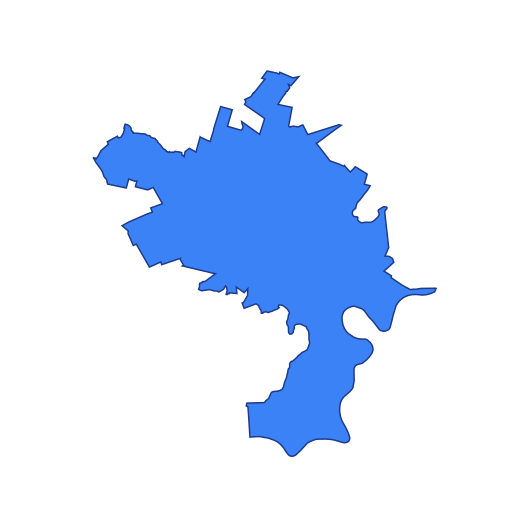 outline of Catazajá, Chiapas, Mexico, rotated 105°
{"feature_id": "50627088B33192672219794", "entity_name": "Catazajá", "entity_type": "district", "adm_level": 2, "iso_a3": "MEX", "parent_name": "Mexico", "parent_adm1": "Chiapas", "projection": "robinson", "projection_center": [-91.989, 17.768], "detail": "fine", "context": "isolated", "style": "filled", "palette": "blue", "viewbox_px": 512, "rotation_deg": 105, "n_neighbors": 0, "source": "geoboundaries", "source_scale": "gbopen_adm2", "svg_char_len": 6120}
<svg xmlns="http://www.w3.org/2000/svg" viewBox="0 0 512 512"><g transform="rotate(105 256 256)"><path d="M409.0,118.1L407.1,118.5L403.0,121.1L398.4,125.0L393.1,130.2L389.7,132.6L384.4,135.0L380.7,135.9L376.8,136.5L372.5,136.0L369.3,134.7L362.8,130.3L360.0,128.9L357.7,128.3L350.7,129.0L343.1,131.2L339.2,132.2L336.5,131.7L334.9,130.4L332.2,125.8L328.5,122.8L324.5,120.6L319.9,118.9L316.8,118.6L314.7,119.2L312.3,120.6L309.9,123.3L308.1,127.1L307.9,128.5L308.9,132.4L309.3,134.7L309.5,137.0L309.1,140.6L307.1,146.4L305.7,149.0L303.4,151.6L300.4,154.0L297.1,155.6L293.6,156.9L291.1,157.3L287.3,156.9L285.3,156.0L283.5,154.7L281.9,153.1L280.3,150.9L279.4,149.2L279.1,147.8L279.1,145.7L279.7,139.6L280.9,137.1L285.8,131.1L288.7,126.2L295.4,117.5L295.8,116.2L295.7,113.6L295.3,112.1L294.6,111.0L293.5,109.6L292.1,108.4L290.4,108.0L283.4,108.0L278.4,108.2L267.8,107.9L264.4,106.8L262.2,105.8L260.1,104.4L257.4,102.3L255.1,99.4L254.0,97.5L252.7,94.7L251.6,90.7L250.7,85.3L249.2,81.2L246.9,77.3L244.5,74.3L240.7,73.6L240.7,74.4L244.7,88.5L246.6,92.7L247.4,95.5L248.5,98.3L246.4,107.1L242.0,119.8L240.1,120.0L237.5,128.5L226.5,121.3L223.1,123.4L221.9,127.2L222.7,131.4L213.6,130.0L179.8,143.2L177.9,142.7L176.6,141.9L175.5,141.9L175.0,142.6L174.9,143.0L175.3,145.2L175.8,146.0L176.8,147.0L179.6,149.5L180.2,149.7L181.2,149.5L183.2,147.9L184.6,147.8L185.7,148.0L187.0,148.5L190.0,150.3L191.5,151.3L193.0,152.8L193.8,154.0L194.1,155.1L195.0,158.9L196.7,162.4L196.5,163.7L195.8,165.8L195.3,166.6L194.8,167.1L193.7,167.6L192.8,167.4L192.2,167.9L192.0,168.4L192.0,168.9L192.4,170.5L192.5,171.2L192.1,172.3L191.3,173.2L190.1,173.9L189.5,174.1L187.9,174.2L186.6,173.7L184.1,172.1L183.4,172.0L182.5,172.3L178.7,172.1L174.9,170.1L169.1,167.8L163.6,165.3L158.6,163.9L158.6,170.0L153.1,169.8L148.1,169.8L144.1,183.1L150.5,186.7L145.8,194.0L146.5,194.0L146.4,196.2L145.9,198.2L144.9,209.3L139.4,216.3L131.4,227.0L130.9,226.1L114.1,212.8L107.7,207.5L107.7,209.8L125.3,237.4L117.3,244.6L117.5,245.2L120.4,248.7L120.9,253.7L122.8,257.1L122.0,258.1L103.1,259.6L103.9,274.0L94.9,271.2L93.1,270.5L91.1,269.5L90.5,269.6L90.3,269.8L89.8,269.7L89.6,269.4L89.0,269.3L89.1,269.0L88.8,268.7L88.8,268.4L84.9,267.0L81.9,269.0L82.5,266.4L71.7,261.1L74.4,266.5L72.4,280.6L74.2,280.7L73.9,283.3L74.4,293.2L82.7,296.4L82.9,293.0L84.5,293.9L99.2,300.3L99.0,300.8L103.4,302.1L107.7,307.3L110.0,305.6L112.6,306.3L120.2,285.1L121.1,283.2L137.6,284.0L129.9,304.6L131.2,304.0L134.5,302.0L136.3,301.9L138.4,302.8L138.1,317.1L120.9,316.8L120.8,328.8L144.4,329.8L144.8,329.6L146.4,329.5L157.4,330.0L155.6,340.5L155.4,340.8L167.4,340.9L171.1,340.7L169.3,348.3L173.5,351.5L178.7,351.2L178.5,351.8L177.7,352.6L177.7,353.5L176.9,354.0L175.5,354.4L175.3,355.5L175.5,358.5L175.7,358.9L175.9,360.0L175.7,360.4L175.8,361.1L175.9,361.3L176.2,361.3L176.9,362.1L177.3,362.3L177.4,362.6L177.1,363.2L177.5,363.7L177.6,364.5L178.1,365.2L178.1,365.5L177.5,366.5L177.8,366.8L178.6,367.4L178.5,368.1L178.2,368.3L178.1,369.7L177.8,369.7L177.5,370.1L176.8,371.3L176.5,373.2L173.1,377.6L171.7,380.3L170.5,380.9L169.8,382.4L168.6,384.0L168.8,386.4L168.3,388.4L167.2,390.0L167.7,392.2L166.8,394.6L167.8,399.6L168.0,402.0L168.9,405.4L169.0,406.6L168.3,406.6L166.8,409.1L164.9,409.8L163.7,411.1L162.8,412.8L162.5,414.6L162.5,416.4L163.4,416.6L166.7,416.6L166.6,415.9L171.6,415.9L175.6,417.0L176.3,417.4L177.6,419.7L176.2,420.9L184.1,429.2L186.2,427.5L194.4,433.0L200.2,434.3L203.4,435.4L203.0,436.2L203.3,436.3L204.2,436.8L202.9,438.0L203.3,438.4L207.0,434.9L213.1,427.4L215.3,425.5L218.1,423.8L219.9,421.7L220.7,420.2L224.9,418.0L223.9,398.9L214.6,398.9L215.1,393.0L215.1,392.3L214.4,390.5L220.3,390.4L220.2,377.8L216.4,373.0L229.7,359.9L236.8,370.1L240.5,367.4L243.7,372.2L256.4,388.0L261.4,393.2L264.9,385.9L267.6,385.3L277.6,377.2L275.5,374.7L294.3,356.1L286.4,346.4L288.8,344.9L278.0,328.7L278.5,328.8L283.7,323.4L284.6,324.4L283.7,290.6L293.6,298.5L294.7,301.1L295.2,301.1L295.6,301.3L296.9,303.3L298.5,303.2L300.1,302.6L303.1,302.8L303.7,299.7L300.5,292.2L300.6,287.2L300.0,285.2L300.0,284.6L300.3,283.5L300.3,282.4L299.0,281.2L298.2,280.2L297.0,279.4L296.5,278.7L294.2,278.1L292.8,277.6L294.1,276.1L295.8,275.5L296.9,274.9L300.8,274.9L300.8,274.0L299.8,273.8L299.5,272.2L298.4,272.0L297.2,264.7L291.1,267.0L294.5,257.9L289.7,255.5L296.5,253.9L304.2,256.1L304.4,256.2L305.0,257.2L309.6,253.9L302.2,243.6L303.3,240.4L304.7,239.7L306.2,238.4L306.7,237.4L307.1,237.1L307.8,236.9L308.7,236.2L309.7,236.3L309.8,235.7L309.7,235.1L309.5,234.6L308.9,234.6L308.6,234.3L307.6,232.7L307.3,231.8L307.5,230.0L307.1,228.9L306.1,227.8L305.5,226.6L305.1,226.0L304.0,224.9L301.9,221.9L299.9,220.2L299.3,221.1L299.1,221.2L298.4,221.4L297.5,221.2L296.9,219.7L296.8,218.3L297.2,216.2L298.9,212.4L299.4,211.6L301.6,209.4L302.8,208.9L304.4,209.4L307.1,209.0L308.4,209.1L309.8,209.0L311.4,209.4L312.3,209.2L313.9,208.4L314.9,207.6L315.4,206.9L316.0,206.5L316.6,206.2L321.0,204.9L321.3,204.8L322.5,203.6L322.7,203.1L322.4,202.4L322.4,202.0L322.1,201.7L322.0,201.3L320.2,200.3L319.5,200.3L318.4,200.7L315.8,200.2L315.2,200.4L314.6,200.8L314.0,200.9L312.8,200.5L312.4,200.3L311.7,199.5L311.2,198.2L310.5,196.9L310.2,195.5L311.3,189.3L314.0,187.0L314.8,185.9L317.9,184.6L322.9,183.2L326.0,181.7L329.0,181.8L332.0,182.1L333.2,182.4L334.1,183.0L335.1,183.9L337.4,186.8L338.7,187.4L341.7,189.6L343.0,190.1L345.9,191.9L348.7,193.9L348.6,194.5L349.9,195.3L350.7,195.5L352.1,195.5L352.4,195.2L355.6,194.7L356.4,195.5L358.1,195.5L359.8,195.3L366.1,195.1L369.9,195.7L375.1,195.6L377.9,196.2L379.5,197.8L380.8,199.9L381.9,202.7L382.4,204.2L383.8,205.8L389.7,206.8L390.6,207.1L393.3,209.1L395.4,209.8L400.4,226.7L403.4,226.6L403.6,225.5L403.9,224.8L404.8,224.4L413.1,221.5L432.5,215.0L430.1,208.0L429.3,204.5L429.2,201.8L428.7,197.2L429.2,190.9L429.7,188.4L430.5,185.9L431.7,183.4L434.4,179.4L437.6,176.0L439.3,173.7L440.0,172.5L440.3,171.1L440.2,169.4L439.5,168.0L438.2,166.3L432.5,162.7L423.6,158.1L421.3,155.9L417.8,151.1L416.8,148.5L414.7,141.0L413.7,135.8L413.5,132.3L413.7,124.7L413.7,123.4L413.4,122.0L412.8,120.5L411.9,119.3L410.4,118.3L409.0,118.1Z" fill="#3b82f6" stroke="#1e3a8a" stroke-width="1.5"/></g></svg>